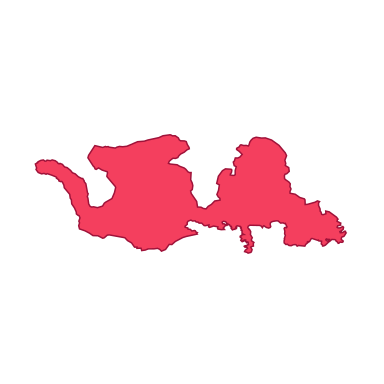 Chato, Geita, United Republic of Tanzania, rotated 101°
{"feature_id": "72390352B63706364179884", "entity_name": "Chato", "entity_type": "district", "adm_level": 2, "iso_a3": "TZA", "parent_name": "United Republic of Tanzania", "parent_adm1": "Geita", "projection": "robinson", "projection_center": [31.727, -2.845], "detail": "fine", "context": "isolated", "style": "filled", "palette": "rose", "viewbox_px": 384, "rotation_deg": 101, "n_neighbors": 0, "source": "geoboundaries", "source_scale": "gbopen_adm2", "svg_char_len": 6049}
<svg xmlns="http://www.w3.org/2000/svg" viewBox="0 0 384 384"><g transform="rotate(101 192 192)"><path d="M235.6,301.3L236.6,299.5L236.8,298.3L238.8,297.0L242.2,297.5L243.8,296.5L246.7,296.8L249.7,295.4L250.5,289.7L252.0,284.7L253.7,280.9L252.9,276.0L254.4,270.8L253.7,269.4L250.5,266.9L249.9,264.9L249.7,249.2L252.0,246.0L253.5,241.6L257.1,237.9L256.6,235.4L257.8,235.3L256.9,231.3L259.1,230.2L257.9,226.8L256.2,224.1L255.0,218.3L253.9,215.1L254.4,212.8L255.9,210.7L253.5,207.0L247.8,204.4L247.4,201.7L243.7,198.9L238.5,192.4L236.7,189.1L232.3,178.8L231.2,179.7L230.8,179.3L230.7,180.2L229.5,181.3L229.3,182.3L230.3,184.6L229.0,186.5L229.2,188.8L228.1,189.2L227.9,192.0L226.9,192.3L224.7,190.5L222.8,190.9L221.3,190.2L219.8,187.7L220.4,185.9L219.7,183.5L220.6,182.3L220.5,180.0L221.2,179.2L220.7,176.5L222.6,173.8L222.6,172.6L221.1,169.1L223.0,169.1L223.4,168.0L221.3,164.3L221.3,159.9L222.7,160.0L223.4,159.5L223.4,156.1L222.6,153.0L221.4,154.4L218.1,152.5L217.1,154.3L217.3,155.9L215.9,156.7L214.8,155.7L214.7,153.3L216.2,151.8L216.1,150.1L216.3,151.3L217.2,152.3L217.7,152.2L218.2,151.4L217.4,150.8L216.9,149.0L218.7,147.5L218.3,146.8L219.5,146.2L220.2,146.6L221.5,145.1L220.5,143.5L220.5,142.8L219.2,142.4L219.7,142.1L219.4,141.4L218.2,141.4L218.2,142.1L217.4,142.1L216.5,141.1L216.6,137.8L218.2,136.4L217.7,137.1L218.0,137.5L219.0,136.4L220.1,136.5L220.2,135.6L224.2,134.7L223.3,134.4L223.8,133.0L224.1,134.2L226.1,136.2L227.0,136.2L228.1,134.3L230.2,134.9L231.2,133.2L230.9,132.7L230.1,132.7L229.7,132.6L229.6,132.2L230.7,132.6L230.5,132.1L228.9,131.1L228.8,130.1L228.3,129.9L230.1,130.3L230.5,129.5L230.4,127.4L230.7,129.3L231.4,128.7L230.8,127.2L233.0,126.7L233.5,128.0L233.5,127.4L234.2,128.4L234.7,128.3L234.5,129.5L235.3,130.4L236.0,129.6L235.8,127.3L236.7,126.7L239.0,128.6L240.5,129.0L240.8,126.4L241.3,125.3L240.1,122.8L239.4,122.3L237.1,122.0L235.0,123.8L234.3,123.3L233.4,121.4L230.9,122.0L229.7,121.6L228.5,124.3L227.0,124.6L225.4,124.1L222.7,126.5L219.7,126.8L217.9,128.3L217.1,129.3L217.9,128.5L217.9,128.9L216.2,130.5L214.9,130.3L213.6,129.0L211.9,119.2L212.2,117.6L213.6,116.1L211.8,115.5L211.4,115.0L212.6,112.3L212.8,109.9L211.9,108.5L211.0,108.1L208.6,109.2L207.3,109.1L206.2,108.3L205.4,106.9L204.2,103.7L204.0,101.9L205.6,99.1L204.9,96.6L205.4,95.1L205.0,94.4L208.1,92.1L209.0,92.4L209.2,92.9L208.9,93.4L209.3,94.2L210.2,94.6L212.8,93.4L215.4,93.1L216.7,92.1L220.3,92.5L220.5,92.1L222.3,92.3L224.4,91.8L225.6,89.8L225.1,88.4L226.0,86.6L225.8,84.4L224.5,82.6L223.9,80.6L224.1,79.5L225.0,78.7L224.9,78.0L224.2,77.4L223.6,70.9L221.8,70.4L218.7,67.9L218.9,69.0L219.7,69.6L219.0,69.2L218.5,68.7L218.5,67.5L218.1,67.1L215.4,66.2L214.7,65.4L215.5,58.9L215.2,58.6L215.8,58.2L215.6,55.4L218.3,55.2L219.1,53.9L220.1,53.5L219.8,52.4L218.7,50.9L215.0,48.3L213.6,51.4L213.1,51.6L212.4,51.1L212.6,50.1L212.2,47.3L212.8,48.6L213.6,48.8L214.1,48.7L214.3,47.5L211.9,45.7L211.5,42.8L211.7,41.9L212.7,41.2L213.3,39.8L214.5,38.7L214.2,38.0L212.9,37.0L212.8,35.1L212.2,34.3L211.3,34.2L210.1,36.4L208.7,36.6L207.4,36.1L206.8,34.7L206.2,34.2L202.8,32.9L202.7,33.5L201.3,33.8L201.2,34.4L203.1,36.5L203.7,38.7L202.8,39.2L202.9,38.1L202.2,37.9L201.8,38.3L200.0,36.5L197.7,36.5L197.1,37.4L199.0,39.9L199.4,41.6L199.0,42.8L197.4,42.6L196.1,39.7L195.1,40.2L194.2,40.0L193.1,44.0L191.3,44.0L190.8,43.5L189.1,45.4L185.3,53.5L185.2,57.1L187.8,56.4L189.3,59.1L189.2,60.4L187.0,61.6L186.4,62.5L184.1,63.1L181.1,65.2L178.5,65.7L177.1,65.0L176.8,67.2L178.5,69.2L182.0,76.1L182.7,78.5L178.1,79.6L177.3,80.4L176.8,85.2L174.5,90.3L174.5,95.5L173.0,95.9L170.1,95.4L168.0,96.9L165.2,97.1L163.7,98.8L162.0,102.6L161.2,103.7L160.4,103.9L158.3,104.4L156.8,104.1L156.0,102.5L153.2,100.5L149.6,101.7L148.2,105.5L146.1,105.4L143.1,106.9L138.3,106.1L135.8,107.9L129.6,115.5L125.8,123.8L124.9,130.3L125.8,134.1L126.0,139.5L127.6,142.3L129.7,143.8L132.0,144.8L134.8,145.0L136.1,145.5L135.9,147.6L136.5,150.1L136.3,152.9L136.8,153.6L138.7,154.3L140.6,156.5L141.8,156.3L143.0,153.6L145.5,149.9L148.6,151.7L149.9,153.6L150.3,156.0L153.4,156.3L154.7,157.2L158.1,155.6L158.7,153.4L162.7,153.7L166.7,152.9L167.6,153.7L167.9,154.9L168.0,157.7L166.7,157.7L165.7,157.0L163.4,157.0L162.4,157.4L162.2,158.0L162.9,163.6L165.3,166.2L171.5,169.1L178.9,169.4L179.8,166.5L185.4,166.3L189.7,167.1L191.8,165.3L192.9,163.4L194.6,162.9L196.5,168.0L200.5,170.6L203.0,173.4L205.9,175.0L206.0,177.8L205.2,180.2L205.7,183.7L200.4,185.6L193.7,192.4L191.2,193.6L189.6,192.2L185.6,192.4L183.0,193.6L180.3,195.6L173.1,196.6L173.4,198.2L173.0,199.8L170.8,202.5L169.9,204.3L169.1,209.0L168.1,211.8L168.7,218.6L168.4,220.6L166.2,220.2L164.1,218.6L162.5,217.1L162.2,214.6L160.9,212.5L158.9,211.8L156.9,210.4L154.4,207.2L151.6,205.0L150.1,202.9L148.8,203.4L146.4,205.6L143.6,207.3L143.3,209.0L143.9,213.1L143.2,214.5L141.5,215.7L140.0,219.2L140.6,221.9L140.0,223.7L140.1,224.7L142.3,231.2L145.0,235.0L149.4,245.3L151.2,248.5L153.0,255.0L159.5,264.6L160.8,268.7L161.1,271.9L162.3,274.3L163.5,275.6L163.8,281.9L163.4,282.9L164.1,284.9L163.8,285.7L165.3,288.1L165.0,296.2L175.7,300.5L178.3,300.7L185.5,293.8L186.3,292.5L187.8,291.6L188.1,290.4L186.2,288.3L187.6,284.5L188.3,279.1L189.3,278.6L192.8,278.6L193.4,278.1L201.3,268.3L202.2,267.8L207.5,268.0L213.7,269.3L218.6,275.0L219.8,276.0L222.9,277.1L225.4,281.8L225.3,285.8L225.9,287.6L225.6,289.2L223.5,291.1L217.9,293.0L216.6,293.9L213.5,293.6L212.8,294.4L204.1,297.8L202.4,299.8L201.7,299.9L199.6,301.8L199.8,302.8L198.7,306.6L196.5,310.0L195.9,313.1L194.0,315.3L191.9,319.2L191.7,321.9L189.6,324.5L189.1,327.1L189.7,327.7L189.5,328.9L188.6,329.7L187.4,332.2L187.2,335.4L188.3,337.0L188.4,340.4L189.1,340.7L189.8,342.1L188.9,344.0L189.8,346.4L191.6,348.8L192.6,349.5L192.8,349.2L194.4,351.1L198.1,349.1L199.7,349.4L202.2,346.7L202.9,343.1L202.0,340.8L202.4,338.6L201.6,337.7L202.2,333.0L203.1,328.6L203.6,327.6L204.3,327.7L205.4,325.2L206.5,324.8L206.9,323.1L206.5,321.9L207.3,320.9L209.7,319.1L212.2,318.2L217.6,311.6L221.4,310.3L222.5,309.0L226.6,307.8L230.1,304.3L233.7,301.8L235.6,301.3Z" fill="#f43f5e" stroke="#9f1239" stroke-width="1.5"/></g></svg>